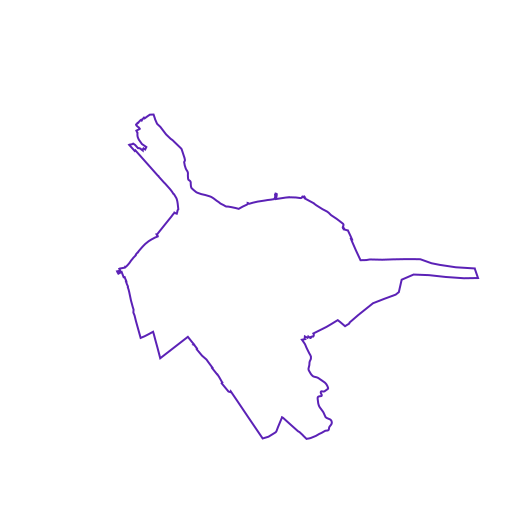 outline of Amersfoort, Utrecht, Netherlands, rotated 223°
{"feature_id": "6326949B34184194665398", "entity_name": "Amersfoort", "entity_type": "district", "adm_level": 2, "iso_a3": "NLD", "parent_name": "Netherlands", "parent_adm1": "Utrecht", "projection": "robinson", "projection_center": [5.382, 52.164], "detail": "fine", "context": "isolated", "style": "outline", "palette": "violet", "viewbox_px": 512, "rotation_deg": 223, "n_neighbors": 0, "source": "geoboundaries", "source_scale": "gbopen_adm2", "svg_char_len": 6009}
<svg xmlns="http://www.w3.org/2000/svg" viewBox="0 0 512 512"><g transform="rotate(223 256 256)"><path d="M424.6,250.8L416.3,250.1L416.3,251.0L382.4,247.8L382.0,248.0L381.2,247.7L373.3,247.0L372.0,247.0L364.5,246.3L362.6,246.0L361.0,245.7L358.7,245.1L358.2,245.3L355.7,244.6L353.4,243.9L352.2,243.2L350.8,242.3L349.0,240.9L344.7,237.2L344.6,236.3L344.1,235.1L343.8,234.9L342.8,232.9L343.7,232.5L345.3,232.1L345.1,231.5L345.1,229.9L344.8,227.4L344.1,217.6L343.1,204.5L343.5,204.0L342.7,203.7L341.9,203.8L341.2,203.3L342.7,200.0L342.7,199.8L343.7,196.9L344.6,193.6L345.0,190.8L345.2,189.5L345.3,187.0L345.3,184.5L345.1,179.5L344.9,178.8L344.8,178.2L345.0,178.1L344.9,175.1L344.4,174.6L344.5,171.2L344.3,168.9L344.3,168.3L344.2,167.2L344.0,165.9L343.8,164.5L343.7,162.4L343.7,160.7L343.9,158.8L344.1,158.9L344.3,158.8L344.1,158.5L344.2,157.8L345.8,155.6L346.8,154.3L346.7,154.2L347.2,153.4L345.3,152.6L346.8,150.5L346.6,150.5L347.0,150.0L346.1,149.6L344.6,149.2L343.8,151.5L343.4,152.7L338.3,150.2L337.7,151.0L335.9,150.1L334.4,149.5L334.4,149.4L333.4,148.9L333.6,148.6L330.7,147.1L330.0,146.9L328.8,146.3L328.5,146.0L328.4,145.9L328.4,145.7L326.2,144.5L324.2,143.2L317.1,138.2L311.3,134.6L309.0,133.3L307.1,131.0L304.3,129.7L299.4,126.5L284.5,117.4L282.7,121.4L281.2,125.6L279.6,130.4L277.2,129.0L272.6,126.1L265.3,121.6L256.3,115.9L250.7,150.4L243.9,149.4L241.2,149.1L241.3,148.5L240.4,148.8L236.1,148.1L236.1,147.7L235.9,147.4L235.4,147.3L227.5,146.3L221.6,146.5L218.2,145.8L211.6,144.6L211.7,144.1L203.6,142.9L203.5,143.1L200.6,142.4L195.8,140.9L195.0,140.6L194.4,140.6L194.3,139.5L183.7,138.1L181.9,139.0L182.2,139.8L170.7,137.2L152.2,132.9L126.7,127.1L124.1,131.5L123.6,132.4L121.6,139.7L121.4,140.7L121.5,141.4L121.6,141.9L123.2,145.8L126.7,155.2L127.0,155.8L126.7,155.9L125.8,156.1L114.3,156.3L105.6,156.5L104.8,156.7L104.2,156.9L103.8,156.9L99.6,156.9L98.9,156.8L94.3,156.7L94.0,157.2L92.9,158.6L91.9,160.1L90.1,164.0L89.5,165.3L88.4,169.0L87.4,171.4L86.2,175.3L85.7,176.0L84.7,177.1L84.4,177.7L84.3,178.2L84.5,178.9L84.8,179.4L85.5,180.4L85.8,181.2L86.0,183.4L86.1,184.3L86.3,184.7L86.7,185.6L87.1,186.0L87.9,186.6L88.5,186.9L89.0,187.0L89.7,187.1L90.4,187.0L93.7,185.8L94.5,185.7L95.1,185.6L95.7,185.8L100.0,187.6L101.2,187.9L106.0,188.8L107.1,189.1L108.4,189.7L109.9,190.6L113.4,193.5L113.9,194.0L114.3,194.5L114.5,195.0L114.5,195.5L114.4,195.8L114.1,196.4L112.9,197.9L112.7,198.2L112.7,198.6L112.9,198.9L113.3,199.3L113.8,199.5L114.8,199.8L115.5,200.3L115.9,200.8L116.0,201.2L115.9,201.6L115.7,201.8L114.2,202.9L113.8,203.4L113.6,203.8L113.0,206.8L112.8,207.9L112.9,208.1L113.1,208.5L113.9,209.0L115.2,209.6L117.1,210.2L119.1,210.4L120.7,210.2L127.4,209.2L128.8,208.7L131.1,207.4L132.1,207.0L132.9,206.9L134.5,207.0L135.6,207.2L136.6,207.5L139.5,208.4L140.4,209.0L140.9,209.6L142.6,212.6L144.4,214.8L144.9,215.8L145.5,217.7L145.8,218.3L146.5,219.1L147.1,219.8L148.5,220.5L150.8,221.2L155.6,223.0L157.3,223.7L159.0,224.5L160.3,225.0L162.0,225.4L165.3,226.1L163.6,228.4L163.8,228.4L165.4,230.5L162.5,231.3L162.5,231.8L162.9,232.8L160.3,233.1L160.2,233.2L160.1,233.9L160.6,234.3L160.0,235.5L159.3,236.0L159.4,237.0L159.6,237.3L160.3,238.1L160.7,238.4L161.2,238.5L156.1,252.2L154.5,257.6L152.5,264.8L149.6,265.1L143.0,265.4L142.5,267.4L142.0,269.1L141.8,269.7L141.8,270.4L141.9,270.7L142.2,271.1L140.9,283.0L138.2,301.3L133.0,312.1L127.5,323.0L126.9,327.0L133.3,338.0L128.1,349.9L116.4,360.0L103.0,370.0L88.8,381.5L78.6,391.3L87.1,395.8L87.5,396.1L102.2,384.0L115.6,374.8L122.7,370.4L133.6,365.7L139.6,360.3L144.4,355.8L153.6,346.9L161.0,339.5L170.4,331.1L172.6,328.2L176.7,324.2L187.1,328.4L195.4,332.0L198.0,333.2L197.3,333.7L200.3,335.0L206.3,337.4L207.0,336.9L208.8,336.0L209.8,335.4L210.2,336.0L211.1,335.6L211.5,336.5L212.2,336.3L213.1,338.3L213.4,338.6L214.1,338.9L215.0,338.9L222.2,338.2L228.9,337.1L229.8,337.1L232.3,337.2L234.2,337.0L236.1,336.5L239.3,335.6L246.6,334.2L249.5,333.9L249.6,334.0L259.5,331.4L259.7,331.9L260.0,331.8L260.3,331.8L260.6,332.0L260.8,332.4L261.4,332.4L261.4,331.7L261.5,331.4L261.8,331.3L262.6,331.1L262.6,330.9L262.3,330.6L262.3,329.7L262.7,329.0L263.1,328.6L266.6,326.1L268.8,324.2L271.4,321.9L273.0,320.2L273.0,320.3L274.2,318.9L280.3,311.2L282.1,313.7L281.8,313.8L282.6,315.0L283.3,315.2L283.4,315.4L284.0,315.1L283.8,314.9L284.1,314.1L283.9,313.8L282.7,312.9L281.7,311.1L281.6,310.4L281.8,309.6L283.5,307.4L285.8,304.7L287.3,302.7L291.9,296.9L294.6,292.9L296.5,289.7L297.3,289.0L297.8,289.3L298.2,289.1L297.5,288.5L297.7,287.3L299.4,283.1L300.4,280.0L300.8,278.7L303.6,277.2L307.4,274.9L310.0,273.2L311.5,271.9L312.2,271.6L314.5,271.1L316.8,270.4L318.0,270.1L320.0,270.0L322.3,269.6L326.4,269.2L328.9,268.7L330.0,268.3L331.3,267.7L334.7,266.0L338.3,263.9L342.2,262.2L343.5,261.9L346.8,261.7L349.4,261.7L349.9,261.9L350.7,262.3L351.8,263.2L353.2,264.5L353.7,265.1L354.4,265.6L354.9,265.8L355.5,265.9L357.1,265.7L357.4,265.7L357.9,265.9L358.7,266.5L360.7,268.4L362.3,270.2L363.0,270.7L363.8,271.1L366.1,271.7L367.1,272.1L369.8,273.6L372.1,275.3L372.4,275.5L372.7,275.9L372.8,276.3L373.0,277.1L373.4,277.7L374.9,278.8L375.0,278.8L375.7,279.3L375.8,279.3L381.6,282.5L383.1,283.3L383.6,283.5L384.8,283.6L396.3,283.8L396.9,283.7L398.4,283.5L404.6,283.6L406.5,283.9L414.0,285.2L418.1,285.2L418.7,285.3L423.1,287.2L423.7,287.6L427.4,289.6L430.0,287.0L430.6,284.4L431.3,280.7L432.3,280.8L432.3,279.0L432.2,278.1L432.0,277.2L432.9,277.3L433.0,277.0L433.1,276.1L433.1,273.3L433.3,272.9L433.0,272.8L433.1,272.0L433.4,270.6L433.4,270.4L433.0,270.1L432.7,270.0L432.1,269.9L430.8,269.9L429.7,270.0L429.4,270.1L427.8,269.8L427.7,269.6L429.0,266.1L428.3,265.8L427.6,265.5L427.0,265.4L426.7,265.3L426.5,265.1L426.2,264.6L424.7,263.1L424.0,262.6L423.2,262.1L421.1,261.2L415.8,260.1L410.5,260.9L409.7,258.3L411.6,258.0L411.5,257.7L411.6,257.2L411.4,256.8L411.2,256.3L410.8,255.9L412.5,255.7L413.8,255.7L415.3,255.0L415.7,254.5L415.9,254.4L420.2,254.8L422.5,254.4L422.7,253.5L424.0,251.7L424.3,251.2L424.5,251.1L424.6,250.8Z" fill="none" stroke="#5b21b6" stroke-width="2"/></g></svg>